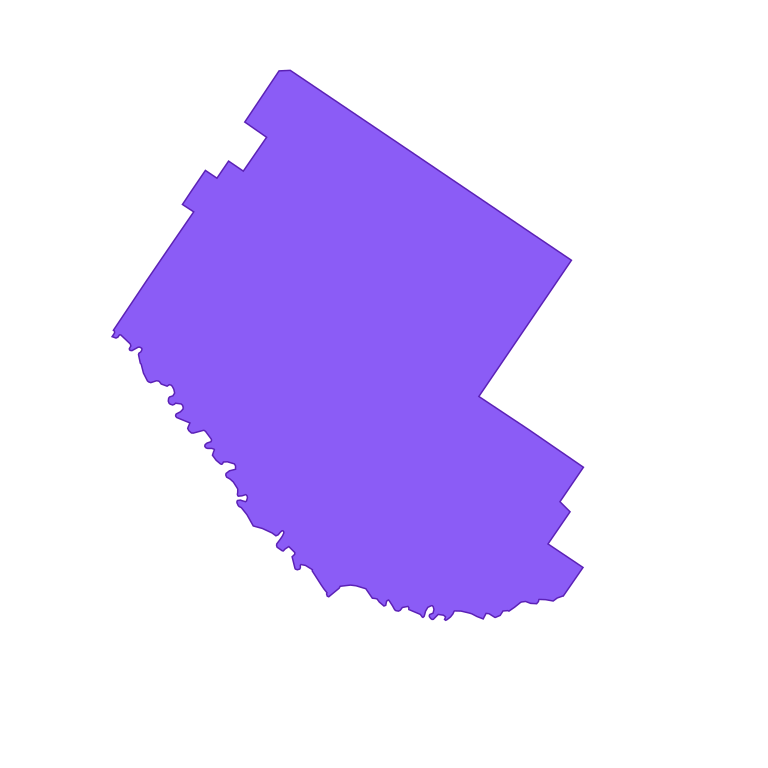 outline of Pearl River, Mississippi, United States of America, rotated 304°
{"feature_id": "52423323B37211265449281", "entity_name": "Pearl River", "entity_type": "district", "adm_level": 2, "iso_a3": "USA", "parent_name": "United States of America", "parent_adm1": "Mississippi", "projection": "robinson", "projection_center": [-89.76, 30.737], "detail": "fine", "context": "isolated", "style": "filled", "palette": "violet", "viewbox_px": 768, "rotation_deg": 304, "n_neighbors": 0, "source": "geoboundaries", "source_scale": "gbopen_adm2", "svg_char_len": 3435}
<svg xmlns="http://www.w3.org/2000/svg" viewBox="0 0 768 768"><g transform="rotate(304 384 384)"><path d="M277.2,129.6L277.2,130.9L275.7,132.1L271.2,132.1L272.2,136.1L274.0,137.2L276.8,137.2L277.5,138.3L275.7,149.0L275.3,151.3L273.9,152.9L270.9,153.1L270.1,153.8L269.9,154.8L270.7,156.4L277.0,159.6L278.0,160.9L278.1,163.2L277.3,164.0L276.2,164.3L274.5,164.4L272.5,163.6L271.1,164.0L265.0,170.3L264.6,171.7L258.5,178.5L254.3,186.1L254.1,187.6L254.7,189.9L259.4,193.5L260.3,195.3L260.4,196.4L259.4,199.3L260.9,205.4L263.4,206.4L264.0,208.1L263.7,209.7L262.1,212.7L259.4,215.5L256.1,215.6L253.4,213.5L251.8,213.4L249.2,214.7L247.9,216.5L247.7,218.0L248.4,220.5L250.0,221.6L251.5,221.9L254.0,226.9L253.7,228.9L252.4,230.5L250.8,231.4L247.2,230.8L243.0,228.5L241.6,228.7L240.7,229.5L240.3,230.9L241.6,237.3L243.2,244.9L238.8,245.7L237.4,246.1L236.2,248.2L235.7,251.7L236.7,253.4L244.6,260.2L245.0,261.0L244.9,262.6L241.8,271.4L241.1,272.4L239.4,272.8L236.1,270.3L233.8,269.6L232.3,270.1L231.8,270.9L231.5,272.3L232.0,273.9L234.3,277.3L234.9,279.5L234.6,280.2L232.9,280.5L229.0,281.6L226.9,287.5L226.3,293.1L226.6,294.2L227.4,294.7L229.5,294.5L231.9,297.6L234.1,304.6L233.1,306.7L230.3,308.6L225.6,304.4L221.6,303.1L220.9,303.3L219.9,303.9L218.8,305.6L219.1,309.4L218.5,313.9L215.5,320.8L215.1,321.5L212.2,323.4L210.6,324.1L209.8,325.0L209.5,325.9L210.0,326.5L211.9,328.8L213.1,329.8L213.8,330.3L214.9,331.1L215.0,332.0L214.7,333.0L213.4,334.4L210.2,335.4L209.0,335.0L208.6,333.7L207.9,331.6L207.5,329.9L205.5,327.7L204.6,327.7L203.3,328.5L201.7,331.1L201.4,332.4L201.7,334.9L199.0,343.5L193.2,355.0L196.2,363.9L197.9,374.5L197.7,379.3L199.8,380.6L203.0,380.9L205.2,381.5L205.8,382.2L205.4,383.5L204.6,384.2L201.3,384.8L197.6,384.8L191.4,384.5L190.1,385.2L189.8,385.5L188.9,386.7L188.8,392.9L189.3,393.9L192.0,394.3L196.0,396.0L194.4,404.3L192.9,405.2L189.4,404.4L181.6,413.0L181.0,414.0L181.5,416.0L183.4,417.6L184.9,417.4L186.9,416.0L187.9,416.1L189.7,420.4L190.0,428.5L188.9,429.0L182.3,444.3L180.5,448.8L179.3,452.7L179.1,453.4L177.8,453.8L176.4,455.6L176.7,457.2L185.5,459.8L189.5,461.0L191.8,460.8L198.5,468.6L201.1,473.7L204.1,483.4L199.9,494.1L201.4,497.0L201.9,498.5L200.6,502.1L199.9,508.1L201.5,509.2L205.1,507.7L206.3,507.8L207.5,508.6L207.0,510.1L204.8,515.2L202.8,519.1L202.7,520.5L203.8,523.0L205.5,524.0L209.0,524.2L213.0,528.2L212.5,529.6L211.8,530.1L210.9,530.7L213.3,542.9L212.2,546.0L212.3,546.8L213.8,547.2L215.8,546.6L218.9,545.5L223.3,545.2L226.7,547.2L227.2,548.1L226.9,549.3L225.0,551.5L221.5,552.8L218.6,550.9L217.6,550.9L216.5,551.7L215.7,553.9L215.7,555.5L216.5,556.5L223.3,557.8L225.6,562.6L225.4,565.2L223.7,565.7L222.7,565.8L222.6,566.5L222.6,567.3L223.8,568.0L226.1,568.8L228.1,569.4L231.8,569.7L234.9,569.2L235.4,569.5L238.8,574.8L241.9,583.0L242.6,585.4L243.2,591.0L244.7,597.6L250.9,596.9L252.3,599.5L252.5,606.4L252.8,606.9L257.1,609.7L262.4,609.6L265.3,613.3L265.6,614.6L272.0,617.1L278.8,619.2L280.1,619.8L282.9,623.0L284.1,628.2L287.2,633.4L290.0,633.7L291.9,632.9L292.3,633.3L295.6,638.6L298.7,645.6L303.5,647.3L308.2,650.8L308.4,651.2L343.2,651.6L343.1,609.4L382.1,609.7L384.8,595.7L426.5,595.9L427.1,529.8L426.7,469.6L591.4,470.2L591.4,424.7L591.6,268.6L591.6,218.4L591.6,130.9L584.9,121.9L523.3,122.1L522.9,148.7L481.8,148.3L481.9,130.5L461.2,130.4L461.2,116.5L435.7,116.4L420.1,116.5L420.3,130.0L373.0,129.6L337.3,129.4L277.2,129.6Z" fill="#8b5cf6" stroke="#5b21b6" stroke-width="1.5"/></g></svg>